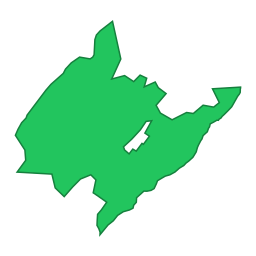 Yangiyul, Tashkent, Uzbekistan
{"feature_id": "79887680B33047546093113", "entity_name": "Yangiyul", "entity_type": "district", "adm_level": 2, "iso_a3": "UZB", "parent_name": "Uzbekistan", "parent_adm1": "Tashkent", "projection": "orthographic", "projection_center": [69.037, 41.099], "detail": "fine", "context": "isolated", "style": "filled", "palette": "green", "viewbox_px": 256, "rotation_deg": 0, "n_neighbors": 0, "source": "geoboundaries", "source_scale": "gbopen_adm2", "svg_char_len": 1603}
<svg xmlns="http://www.w3.org/2000/svg" viewBox="0 0 256 256"><path d="M236.8,97.8L237.2,97.0L238.0,95.8L239.4,94.0L240.2,92.4L240.3,90.3L240.3,89.1L240.6,88.0L240.6,87.1L212.5,88.8L219.3,102.6L213.7,107.1L203.1,105.2L193.3,113.5L186.6,112.5L172.1,119.8L160.4,113.1L156.1,105.3L166.1,93.6L158.3,87.7L155.2,82.0L144.2,86.9L146.7,78.2L140.1,75.1L133.7,81.6L124.6,75.6L111.7,79.0L120.8,59.0L112.5,21.3L100.1,30.9L96.4,35.0L94.9,39.6L94.1,54.7L92.7,57.2L90.1,58.9L79.6,57.1L71.3,62.8L65.5,69.1L63.3,73.4L51.0,84.3L45.9,90.2L27.1,115.1L26.1,118.0L21.6,122.8L18.0,129.3L15.4,135.3L24.9,150.0L25.7,160.3L17.1,172.1L51.9,174.1L55.2,187.9L64.2,196.6L72.8,186.8L80.5,179.0L90.8,174.8L95.9,179.9L93.2,192.8L98.1,196.1L106.7,202.2L101.3,210.0L97.6,214.3L97.2,220.4L97.0,225.4L98.8,228.6L100.1,232.2L100.0,234.7L104.8,228.9L108.0,225.0L113.3,220.8L117.6,215.4L123.3,211.7L129.4,210.0L133.0,208.2L133.7,205.2L136.3,202.3L136.6,197.7L141.8,193.0L143.9,191.1L146.9,191.2L151.0,190.4L154.1,188.6L156.4,183.7L157.5,180.7L162.2,177.9L165.3,176.1L169.9,174.8L175.0,172.0L179.3,168.2L183.9,165.4L186.1,163.0L188.7,161.1L192.9,157.3L196.2,151.9L197.4,147.5L198.5,145.0L200.8,140.6L201.9,139.1L203.1,135.6L205.2,133.7L207.3,131.8L208.5,128.3L209.5,126.9L210.2,123.9L213.8,122.0L216.9,120.2L218.4,120.3L219.0,119.3L221.1,117.9L222.1,116.4L224.2,114.5L228.0,110.7L231.7,106.8L232.8,104.9L236.8,97.8ZM149.4,136.2L143.4,144.3L142.0,143.4L136.2,151.1L132.8,149.1L129.1,153.9L124.6,150.0L123.5,146.8L131.8,139.1L140.4,129.8L146.1,121.4L151.7,120.7L144.9,133.1L149.4,136.2Z" fill="#22c55e" stroke="#15803d" stroke-width="1.5"/></svg>